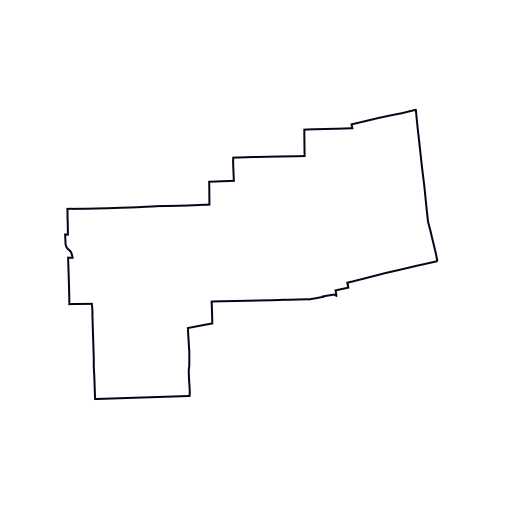 Dobrotesti, Dolj, Romania (Mercator projection), rotated 70°
{"feature_id": "2599482B78456281149056", "entity_name": "Dobrotesti", "entity_type": "district", "adm_level": 2, "iso_a3": "ROU", "parent_name": "Romania", "parent_adm1": "Dolj", "projection": "mercator", "projection_center": [24.124, 43.959], "detail": "fine", "context": "isolated", "style": "outline", "palette": "ink", "viewbox_px": 512, "rotation_deg": 70, "n_neighbors": 0, "source": "geoboundaries", "source_scale": "gbopen_adm2", "svg_char_len": 2506}
<svg xmlns="http://www.w3.org/2000/svg" viewBox="0 0 512 512"><g transform="rotate(70 256 256)"><path d="M314.9,221.1L316.0,215.0L317.3,207.2L317.4,206.8L316.9,206.8L317.5,203.4L318.5,198.3L318.8,196.1L320.8,194.1L320.2,193.9L318.8,193.6L317.7,193.4L317.3,193.3L316.6,193.2L315.5,193.0L315.8,191.1L316.4,186.6L317.3,180.1L314.3,179.5L314.2,179.7L313.3,179.5L312.3,179.3L313.0,173.9L313.5,168.3L314.0,164.2L314.3,160.9L315.0,153.4L315.4,149.4L315.7,146.6L316.2,140.9L317.7,129.1L320.1,108.6L321.1,101.3L321.4,98.9L321.7,96.3L322.2,92.9L322.3,91.8L322.4,91.3L322.4,91.1L322.6,89.8L322.8,88.6L322.7,88.0L322.5,87.7L322.3,87.6L322.2,87.5L322.0,87.4L322.0,87.2L314.9,86.1L305.2,85.0L296.3,84.0L291.4,83.4L286.8,83.0L282.5,82.6L273.1,80.3L262.7,77.7L252.9,75.2L247.3,73.8L228.7,69.5L211.5,65.3L199.3,62.3L191.6,60.5L173.6,55.9L173.3,55.9L173.0,58.3L172.6,61.4L171.8,69.4L169.7,82.9L168.1,94.4L166.0,112.6L165.0,121.2L168.9,121.8L168.4,123.2L164.6,134.9L160.6,146.7L155.2,162.8L153.8,167.4L158.0,168.9L174.8,174.8L178.7,176.1L176.2,183.6L172.4,194.5L168.2,206.7L166.7,211.2L163.2,221.5L162.3,223.9L158.4,235.9L155.8,243.7L159.3,245.2L165.5,247.2L177.8,251.1L176.8,254.1L170.6,273.4L170.2,274.6L176.6,276.8L189.8,281.5L191.8,282.3L189.6,288.8L187.7,295.0L186.0,300.2L184.7,304.5L183.9,306.7L182.6,310.7L181.5,314.0L175.4,331.6L174.7,334.3L171.5,344.5L169.6,350.8L166.6,360.1L165.0,364.8L159.3,382.4L158.5,384.6L153.8,398.6L149.4,411.0L147.8,415.3L147.6,416.0L147.2,417.1L150.0,418.0L155.2,419.9L159.0,421.1L164.0,422.8L168.6,424.4L171.6,425.5L170.5,428.0L177.2,430.1L179.8,430.9L180.3,431.0L182.2,431.1L184.1,430.8L185.0,430.4L186.3,429.7L187.3,429.1L189.1,428.5L191.2,428.5L194.4,428.8L195.0,429.0L194.8,429.6L193.3,433.1L197.1,434.4L212.1,439.3L223.9,443.2L237.0,447.7L237.4,447.9L238.3,445.1L244.8,426.6L247.7,427.4L252.3,428.7L256.0,430.1L259.5,431.2L262.7,432.3L268.8,434.3L277.3,437.1L280.7,438.2L289.5,441.1L297.2,443.6L303.9,446.1L314.4,449.3L332.2,455.1L335.4,456.1L364.8,366.3L363.9,366.0L361.3,364.8L356.0,363.1L351.2,361.8L344.2,359.6L340.2,358.2L336.2,356.2L324.0,351.7L315.2,349.1L305.1,346.1L300.4,344.6L302.9,329.0L304.0,322.7L304.5,320.2L297.5,317.8L288.8,314.9L283.7,313.3L284.0,312.1L285.0,309.1L287.1,302.8L290.4,293.2L291.6,289.7L293.0,285.6L294.5,281.2L295.4,278.5L296.4,275.6L297.7,271.7L298.9,268.1L300.6,263.1L301.3,261.2L301.8,259.7L303.1,255.9L305.0,250.1L306.9,244.1L307.8,241.8L314.2,222.5L314.5,222.2L314.8,221.3L314.9,221.1Z" fill="none" stroke="#020617" stroke-width="2"/></g></svg>